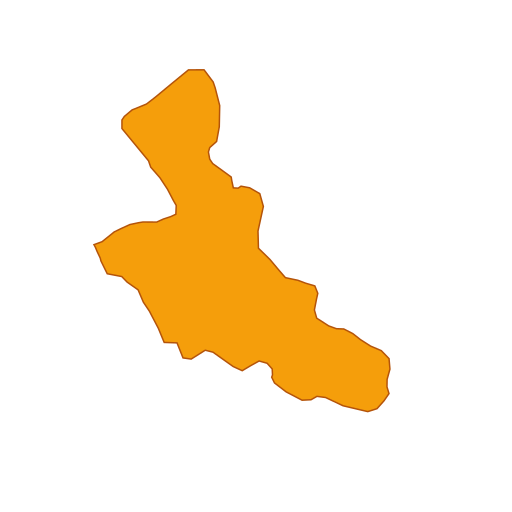 Meme, Sud-Ouest, Cameroon (Mercator projection), rotated 124°
{"feature_id": "32672807B73139620026087", "entity_name": "Meme", "entity_type": "district", "adm_level": 2, "iso_a3": "CMR", "parent_name": "Cameroon", "parent_adm1": "Sud-Ouest", "projection": "mercator", "projection_center": [9.319, 4.685], "detail": "fine", "context": "isolated", "style": "filled", "palette": "amber", "viewbox_px": 512, "rotation_deg": 124, "n_neighbors": 0, "source": "geoboundaries", "source_scale": "gbopen_adm2", "svg_char_len": 1494}
<svg xmlns="http://www.w3.org/2000/svg" viewBox="0 0 512 512"><g transform="rotate(124 256 256)"><path d="M379.0,283.8L372.2,272.9L381.3,259.5L377.7,252.1L362.5,245.4L359.8,237.9L360.4,213.1L358.8,203.3L349.7,199.0L341.3,194.7L338.7,186.8L340.6,179.4L345.4,175.8L347.7,175.2L350.9,169.7L351.8,155.1L349.8,137.2L344.4,130.0L338.3,127.0L334.4,119.2L331.5,100.1L322.5,76.3L314.9,70.3L304.5,68.9L295.7,68.8L291.3,74.2L285.0,78.3L274.9,81.7L266.7,88.3L264.4,99.2L266.6,110.6L266.9,122.7L266.2,132.4L267.4,142.4L271.3,148.7L273.3,156.7L273.4,162.1L273.6,170.9L268.1,177.4L258.0,181.7L252.4,183.9L247.9,190.5L250.8,199.7L251.6,203.1L252.7,207.7L257.5,219.5L255.3,227.7L254.1,232.0L251.1,242.4L248.2,258.3L234.2,268.3L210.8,277.6L202.2,287.7L202.6,293.8L203.0,299.4L206.5,307.5L209.7,308.7L212.2,312.9L207.2,318.1L204.4,320.7L204.0,331.2L203.6,343.6L201.6,348.5L196.4,353.6L192.0,355.0L183.1,352.7L169.4,358.7L164.9,361.6L151.6,370.2L139.5,383.8L135.7,388.8L130.7,403.2L139.5,416.1L161.3,422.6L180.7,428.3L191.3,431.8L202.1,439.0L204.1,440.4L213.9,443.2L218.2,443.2L225.3,438.4L237.2,398.3L241.2,393.0L244.8,379.5L250.1,366.8L256.1,355.7L258.7,350.4L266.2,345.8L271.0,348.7L277.2,353.5L283.4,357.3L291.0,368.7L294.0,371.9L300.4,378.1L308.7,383.2L315.3,387.0L330.2,391.6L337.2,396.7L338.6,394.0L341.2,390.1L344.8,384.0L346.8,381.8L353.9,369.4L348.1,355.8L349.7,348.3L350.0,334.8L357.3,323.5L361.4,313.4L363.0,310.5L370.5,296.6L379.0,283.8Z" fill="#f59e0b" stroke="#b45309" stroke-width="1.5"/></g></svg>